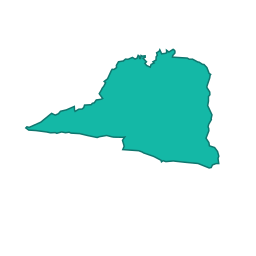 Juncos, Puerto Rico, rotated 70°
{"feature_id": "32010507B4476069881606", "entity_name": "Juncos", "entity_type": "district", "adm_level": 2, "iso_a3": "PRI", "parent_name": "Puerto Rico", "parent_adm1": "", "projection": "robinson", "projection_center": [-65.917, 18.206], "detail": "fine", "context": "isolated", "style": "filled", "palette": "teal", "viewbox_px": 256, "rotation_deg": 70, "n_neighbors": 0, "source": "geoboundaries", "source_scale": "gbopen_adm2", "svg_char_len": 1830}
<svg xmlns="http://www.w3.org/2000/svg" viewBox="0 0 256 256"><g transform="rotate(70 128 128)"><path d="M192.4,54.9L187.3,53.8L185.5,52.3L180.7,51.9L176.0,53.3L172.6,57.6L169.4,57.0L164.3,58.2L158.3,53.0L156.0,52.3L154.3,52.4L152.1,50.9L148.6,46.8L147.7,46.7L144.4,44.6L134.2,45.5L130.3,43.2L125.9,41.6L124.8,39.7L122.1,38.9L117.1,40.0L115.8,39.6L108.9,34.1L106.5,32.8L105.9,32.0L104.5,33.1L98.2,33.2L94.3,34.9L93.7,36.2L90.3,38.8L90.0,39.7L85.4,43.8L84.3,47.0L82.6,48.3L76.6,62.0L75.2,61.2L73.6,58.3L71.8,57.6L70.8,57.8L69.5,58.7L70.6,63.6L68.1,65.2L70.5,65.9L70.6,67.5L69.8,71.0L65.4,71.4L66.6,72.6L67.1,75.4L69.7,75.6L70.7,77.2L73.7,78.4L74.3,81.9L75.8,81.2L76.2,84.6L78.4,86.3L75.7,89.1L73.0,90.0L72.1,88.0L67.6,90.0L67.4,87.6L66.0,87.2L65.4,89.9L64.3,91.0L67.0,92.5L66.6,93.3L64.1,92.9L63.2,93.6L65.5,95.6L65.6,97.8L63.2,99.7L63.5,104.4L62.4,106.8L63.4,109.5L62.5,114.3L65.2,117.5L67.3,118.1L68.2,121.1L67.4,122.8L68.4,124.1L74.8,130.4L76.1,134.5L77.8,133.6L80.5,136.5L81.7,138.5L83.7,140.6L85.9,143.3L91.6,141.7L91.8,143.5L90.8,148.2L92.8,151.1L92.6,153.0L93.5,154.7L91.6,161.0L93.7,162.6L94.5,164.9L93.5,167.8L94.3,172.0L92.7,172.1L89.4,171.1L89.9,179.7L89.2,185.7L90.8,188.5L91.0,191.9L89.9,193.1L88.1,194.8L92.7,208.0L93.6,220.7L92.3,222.6L93.0,224.0L96.0,222.0L98.9,215.4L104.0,205.6L106.0,202.5L107.4,198.0L108.6,196.7L109.0,191.7L111.1,188.3L111.8,184.8L113.3,183.3L116.5,175.9L116.5,175.7L121.4,168.3L126.4,160.2L126.4,159.0L126.4,157.8L127.7,150.6L130.8,146.1L131.7,144.5L135.2,135.4L135.4,134.2L137.7,137.4L142.3,137.7L143.9,137.9L146.5,140.3L153.0,125.7L155.4,122.9L156.8,121.8L163.3,113.8L164.3,112.8L169.6,108.0L171.2,108.1L170.7,106.2L172.5,104.0L174.5,96.6L175.4,94.9L180.2,85.1L185.3,74.3L193.3,65.4L193.6,63.3L191.6,61.3L191.5,57.5L192.4,54.9Z" fill="#14b8a6" stroke="#0f766e" stroke-width="1.5"/></g></svg>